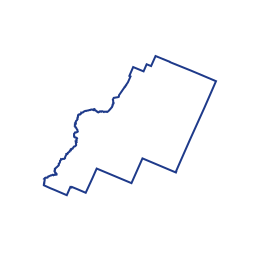 the district of Bragado, Buenos Aires, Argentina, rotated 250°
{"feature_id": "61730980B17981427769766", "entity_name": "Bragado", "entity_type": "district", "adm_level": 2, "iso_a3": "ARG", "parent_name": "Argentina", "parent_adm1": "Buenos Aires", "projection": "natural_earth1", "projection_center": [-60.56, -35.028], "detail": "fine", "context": "isolated", "style": "outline", "palette": "blue", "viewbox_px": 256, "rotation_deg": 250, "n_neighbors": 0, "source": "geoboundaries", "source_scale": "gbopen_adm2", "svg_char_len": 5374}
<svg xmlns="http://www.w3.org/2000/svg" viewBox="0 0 256 256"><g transform="rotate(250 128 128)"><path d="M141.9,226.7L147.6,220.6L160.5,206.7L175.5,190.0L175.8,190.0L186.2,178.5L178.3,170.9L181.5,167.3L175.9,162.0L183.5,153.7L176.5,147.1L175.6,148.0L170.9,143.5L168.8,140.5L168.6,140.6L167.7,138.9L167.5,139.0L166.8,137.7L161.9,130.8L161.8,130.7L161.1,130.4L160.8,130.2L160.4,129.9L160.4,129.5L160.4,129.0L160.5,128.6L160.6,128.0L160.7,127.6L160.8,127.0L160.9,126.7L160.9,126.2L161.0,125.8L161.1,125.6L161.2,125.2L161.2,124.9L160.6,124.3L160.1,123.7L159.8,123.4L158.9,123.4L158.5,123.4L158.2,123.3L157.5,122.9L157.1,122.8L156.7,123.1L156.3,123.0L156.0,122.8L155.8,122.6L155.7,122.4L155.7,122.0L155.5,121.7L155.3,121.7L155.1,121.6L154.9,121.6L154.7,121.5L154.6,121.1L154.2,120.9L153.9,120.8L153.7,120.7L153.6,120.4L153.1,120.1L153.0,119.8L153.0,119.7L152.7,119.4L152.5,118.9L152.3,118.6L152.2,118.4L151.9,118.0L151.7,117.7L151.7,117.4L151.3,116.8L151.1,116.5L151.0,116.2L150.7,115.7L150.6,115.2L150.4,114.9L150.3,114.5L150.2,114.2L150.2,113.8L150.8,113.3L150.9,113.1L150.8,112.7L151.1,112.2L151.3,111.7L151.4,111.4L151.3,111.1L151.2,110.8L151.4,110.6L151.7,110.6L152.0,110.2L152.4,109.8L152.6,109.3L152.7,109.1L152.5,108.7L152.4,108.4L152.7,108.0L153.1,107.8L153.2,107.6L153.3,107.4L153.2,107.0L153.0,106.8L152.9,106.6L152.9,106.4L153.1,106.2L152.8,105.6L152.8,105.4L153.1,105.1L153.4,104.8L153.7,104.6L154.1,104.6L154.3,104.5L154.4,104.2L154.6,104.0L154.8,104.0L155.2,103.9L155.9,103.3L156.3,103.1L156.7,103.0L157.0,103.1L157.4,102.8L157.4,102.6L156.6,102.2L156.5,102.3L156.4,102.3L156.3,102.1L156.4,101.9L156.5,101.8L156.8,101.6L156.9,101.3L157.1,101.1L157.4,101.0L157.6,100.7L157.6,100.4L157.7,100.1L158.0,99.7L157.9,99.3L157.8,98.6L157.9,98.4L158.1,98.0L158.1,97.3L158.0,97.1L158.1,96.4L158.3,95.9L158.4,95.6L158.3,95.2L158.3,94.5L158.5,94.3L158.6,94.1L158.7,93.8L158.7,93.5L158.6,93.2L158.6,92.7L158.5,92.4L158.4,92.0L158.5,91.7L158.4,91.5L158.1,91.2L158.0,90.5L158.1,90.1L158.5,89.3L158.0,89.1L157.7,88.9L157.6,88.4L157.4,88.2L157.2,88.1L157.1,87.9L157.3,87.6L157.2,87.1L157.4,87.0L157.5,86.9L157.4,86.7L157.5,86.3L157.5,86.0L157.3,85.7L157.1,85.4L156.9,85.3L156.7,85.2L156.3,85.2L156.1,85.1L155.8,84.7L155.3,84.5L155.0,84.5L154.9,84.4L154.8,84.0L154.7,83.8L154.4,83.7L154.2,83.6L153.8,83.7L153.5,83.6L153.4,83.3L152.7,82.6L152.6,82.0L152.1,81.3L151.9,81.1L151.4,81.0L151.2,80.9L150.9,80.3L150.6,80.6L150.2,80.6L149.8,80.5L149.6,80.1L149.5,79.8L149.5,79.3L148.9,79.0L148.1,78.8L148.0,78.7L147.5,79.1L147.2,79.0L146.7,78.8L146.4,78.9L146.2,79.2L145.8,79.4L144.5,79.5L143.9,79.7L143.6,79.8L143.4,79.7L143.1,79.6L142.9,79.6L142.4,79.6L142.0,79.7L141.8,79.6L141.7,79.4L141.6,78.5L141.6,78.4L141.5,78.1L141.7,77.5L141.9,77.2L142.0,76.8L141.9,76.5L141.5,76.3L141.4,76.1L140.9,75.6L140.9,75.3L140.6,75.2L140.0,74.9L139.6,74.8L139.4,74.7L138.8,74.5L138.5,74.8L138.1,74.7L137.8,74.5L137.6,74.6L137.4,74.8L137.0,75.4L136.8,75.8L136.4,76.3L136.1,76.5L135.6,76.6L135.4,76.3L135.2,76.0L134.8,75.5L134.4,75.4L134.2,75.6L133.9,75.5L133.9,75.2L133.7,75.0L133.4,75.0L133.2,75.0L132.6,74.9L132.7,74.7L133.1,74.5L133.3,74.2L133.0,74.1L132.7,74.1L132.2,74.2L131.7,73.9L131.4,73.9L131.1,73.7L130.8,73.6L130.5,73.7L130.3,73.6L129.9,73.5L129.6,73.4L129.4,73.1L129.1,72.4L129.0,72.2L128.9,71.9L129.0,71.4L129.0,71.1L129.0,70.7L128.4,70.0L128.2,69.7L127.9,69.1L127.7,69.0L127.5,68.8L127.5,68.3L127.6,68.1L127.8,67.6L127.8,67.4L127.6,67.2L127.3,67.2L127.0,67.1L126.8,66.8L127.0,66.5L126.8,66.4L126.5,66.4L126.5,66.1L126.6,65.8L126.5,65.5L126.3,65.3L126.0,65.2L125.8,65.0L125.7,64.9L125.7,64.5L125.6,64.2L125.3,63.5L125.3,63.1L124.8,62.8L124.6,62.6L124.4,62.3L124.5,62.1L124.7,61.8L124.7,61.5L124.4,61.6L124.2,61.5L124.1,61.1L123.8,60.7L123.7,60.4L123.3,60.2L123.2,60.1L122.9,59.6L122.3,59.1L122.1,59.0L121.9,58.8L121.7,58.6L121.3,58.6L121.1,58.4L120.9,57.8L120.8,57.6L120.9,57.4L120.9,57.1L121.0,57.0L121.3,56.2L121.3,55.9L121.4,55.4L121.4,55.2L121.2,54.9L121.3,54.7L121.6,54.4L121.1,54.1L120.8,53.8L120.6,53.5L120.5,53.0L119.2,52.4L118.9,52.0L118.7,51.8L118.5,51.7L118.1,51.0L118.1,50.7L117.9,50.6L117.6,50.6L117.3,50.6L116.9,50.4L116.8,50.1L116.5,49.9L116.4,49.6L116.2,49.3L116.2,49.0L115.8,48.3L115.7,48.2L115.6,47.7L115.5,47.4L115.4,47.1L115.3,46.9L115.2,46.8L115.1,46.5L115.0,46.2L114.9,46.1L114.8,45.9L114.8,45.5L114.7,45.3L114.4,45.2L114.2,45.1L113.8,45.2L113.6,45.1L113.4,45.0L113.3,44.6L112.9,44.3L112.6,44.1L112.0,44.2L111.4,44.5L110.8,44.2L110.6,44.2L110.6,44.6L110.2,44.9L109.8,45.0L109.4,45.2L109.2,45.2L108.9,45.1L108.6,44.9L109.3,41.8L109.2,41.7L109.4,41.5L109.5,41.5L109.8,41.4L109.9,41.1L109.7,40.5L109.7,40.2L109.7,39.9L109.8,39.6L109.7,39.4L109.9,38.9L109.7,38.3L109.7,38.0L109.7,37.8L109.6,37.2L109.7,36.9L109.8,36.6L109.6,36.3L109.4,36.0L109.3,35.9L108.9,35.4L109.0,35.1L109.1,34.5L109.2,34.4L109.4,34.2L109.4,33.7L109.5,33.5L109.4,33.3L109.4,33.2L109.4,32.8L109.0,32.1L108.9,31.9L108.7,32.1L108.2,32.2L107.5,31.8L107.1,31.7L106.9,31.5L106.8,31.4L106.3,31.1L105.9,31.1L105.8,30.9L105.7,30.7L105.3,30.5L104.9,30.2L104.7,30.1L104.3,30.2L104.2,30.0L104.0,29.8L103.7,29.6L103.3,29.4L103.1,29.5L102.9,29.4L98.0,34.4L95.2,37.5L85.8,47.5L92.3,53.7L91.4,54.6L91.8,55.1L87.9,59.4L81.6,66.1L93.1,77.5L100.6,84.7L75.0,112.4L83.4,120.5L94.5,131.2L69.8,157.8L70.5,158.4L70.7,158.2L76.4,163.6L95.4,181.8L121.0,206.8L141.9,226.7Z" fill="none" stroke="#1e3a8a" stroke-width="2"/></g></svg>